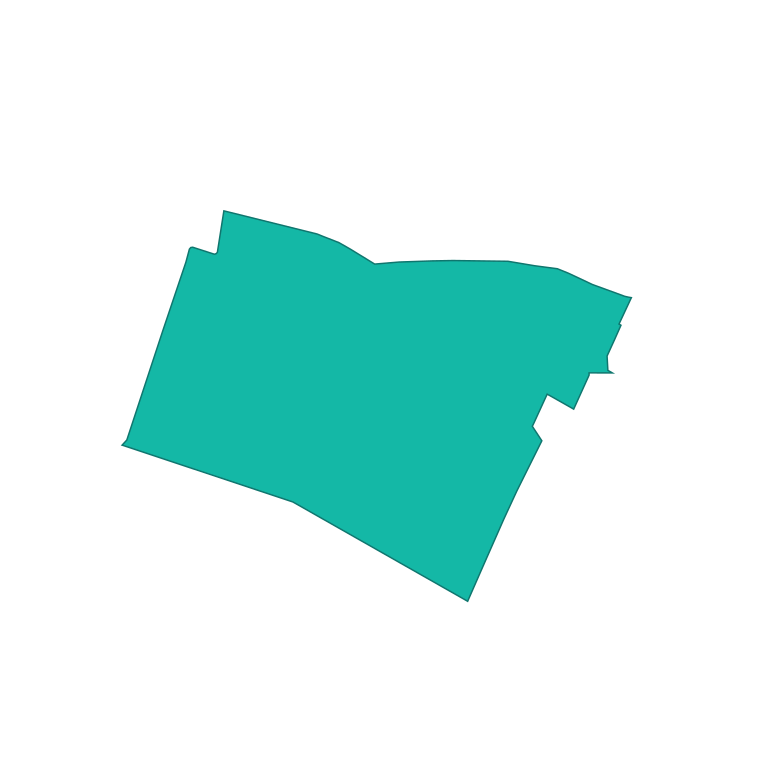 Malvinas Argentinas, Buenos Aires, Argentina (Equal Earth projection), rotated 150°
{"feature_id": "61730980B61518535175442", "entity_name": "Malvinas Argentinas", "entity_type": "district", "adm_level": 2, "iso_a3": "ARG", "parent_name": "Argentina", "parent_adm1": "Buenos Aires", "projection": "equal_earth", "projection_center": [-58.734, -34.486], "detail": "fine", "context": "isolated", "style": "filled", "palette": "teal", "viewbox_px": 768, "rotation_deg": 150, "n_neighbors": 0, "source": "geoboundaries", "source_scale": "gbopen_adm2", "svg_char_len": 747}
<svg xmlns="http://www.w3.org/2000/svg" viewBox="0 0 768 768"><g transform="rotate(150 384 384)"><path d="M363.0,542.3L366.8,547.2L436.1,614.0L462.5,581.3L464.3,580.8L466.0,581.2L481.3,598.1L483.1,598.8L485.1,598.1L494.7,588.5L548.4,541.2L634.7,464.1L641.4,462.0L521.9,327.4L420.2,154.0L387.0,178.4L347.9,207.0L322.5,224.9L302.3,238.3L275.7,255.9L276.7,273.2L273.9,275.1L247.8,293.6L246.3,291.2L232.3,267.4L202.0,289.1L200.8,291.1L180.7,279.4L183.3,283.9L176.8,296.7L162.2,307.1L149.4,316.4L150.5,318.4L126.6,335.1L128.9,337.0L131.7,339.6L153.8,366.0L168.8,387.6L176.2,397.1L194.3,411.0L215.3,428.3L262.5,456.4L280.9,466.6L310.0,482.1L332.1,492.5L345.7,517.6L352.3,528.9L363.0,542.3Z" fill="#14b8a6" stroke="#0f766e" stroke-width="1.5"/></g></svg>